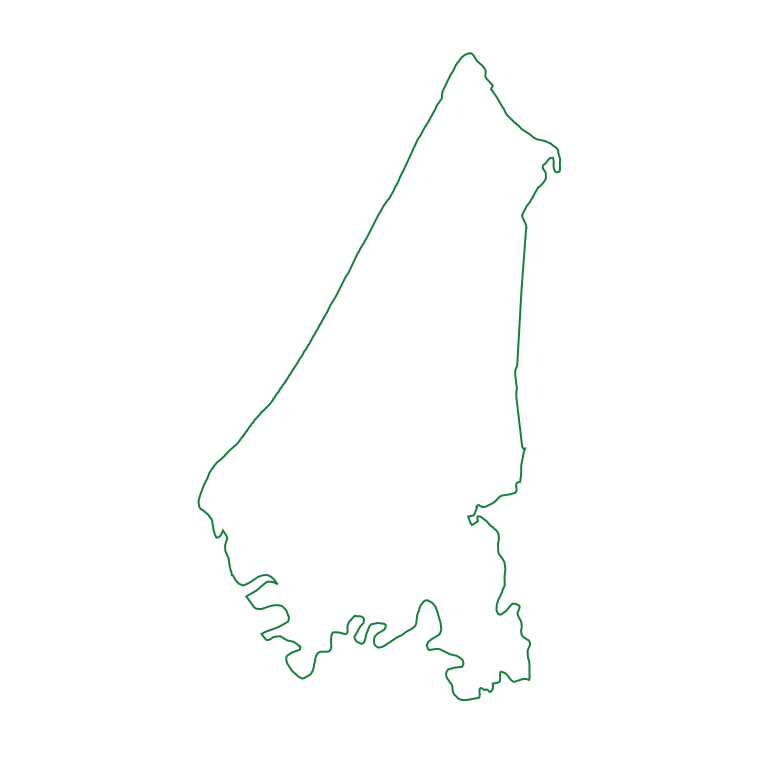 outline of Maquival, Zambezia, Mozambique, rotated 175°
{"feature_id": "85939544B65123265698186", "entity_name": "Maquival", "entity_type": "district", "adm_level": 2, "iso_a3": "MOZ", "parent_name": "Mozambique", "parent_adm1": "Zambezia", "projection": "robinson", "projection_center": [37.054, -17.825], "detail": "fine", "context": "isolated", "style": "outline", "palette": "green", "viewbox_px": 768, "rotation_deg": 175, "n_neighbors": 0, "source": "geoboundaries", "source_scale": "gbopen_adm2", "svg_char_len": 6116}
<svg xmlns="http://www.w3.org/2000/svg" viewBox="0 0 768 768"><g transform="rotate(175 384 384)"><path d="M188.9,592.8L190.2,599.0L190.1,601.3L191.2,603.5L193.1,605.4L197.5,609.3L202.3,612.0L210.4,614.5L213.5,616.5L217.0,620.0L224.7,626.0L227.9,630.3L229.2,631.0L229.9,632.4L230.9,632.8L237.9,641.2L239.2,643.5L240.8,648.0L241.5,648.9L246.7,659.9L251.7,668.5L249.6,671.9L255.6,679.7L256.2,682.1L255.3,687.1L256.3,689.3L257.6,691.7L263.3,697.9L266.6,704.2L268.5,705.8L270.5,706.1L274.8,704.8L278.4,702.4L281.9,698.3L283.0,697.5L283.4,696.5L284.5,695.7L286.9,691.3L289.0,688.1L290.0,687.3L300.3,670.2L301.5,663.6L302.1,662.5L303.1,661.8L304.7,659.4L305.4,659.0L307.8,655.8L308.2,654.5L317.4,640.7L319.0,638.8L319.4,637.8L320.5,637.0L326.7,627.4L327.8,626.5L329.4,624.1L346.8,593.6L347.7,592.6L350.8,587.2L351.7,585.0L353.8,582.0L354.2,580.8L355.0,580.4L358.1,574.9L363.4,567.4L364.4,566.9L367.6,562.7L368.6,561.9L372.9,555.3L373.9,554.4L389.1,530.1L390.8,528.1L391.1,527.0L394.5,522.8L394.9,521.8L395.7,521.2L397.6,517.7L398.4,517.2L409.7,497.9L413.0,493.8L424.0,475.9L430.7,466.9L435.2,459.2L436.0,458.6L436.5,457.2L437.6,456.5L438.0,455.1L439.0,454.3L440.8,451.0L441.8,450.3L442.1,449.0L442.9,448.5L445.4,444.3L447.8,441.5L448.2,440.2L450.5,437.5L455.1,430.1L456.1,429.5L458.1,426.2L461.0,423.0L462.3,420.6L464.7,417.3L465.6,416.7L467.6,413.6L476.0,402.8L476.5,401.7L477.6,400.9L479.9,397.4L480.8,396.8L481.3,395.5L482.2,395.1L482.5,394.1L486.1,390.4L486.6,389.1L487.6,388.7L488.1,387.4L489.1,386.7L489.7,385.3L492.2,383.0L494.4,379.8L495.3,379.4L495.6,378.3L499.2,374.1L507.7,367.0L508.7,366.6L509.1,365.6L516.3,359.1L518.1,356.5L519.4,355.9L520.7,353.7L521.6,353.3L523.5,350.6L524.4,350.0L524.9,348.8L526.1,348.1L526.6,346.8L527.6,346.3L528.0,345.2L529.0,344.6L529.5,343.5L530.5,343.0L533.8,338.9L536.7,336.3L544.8,330.4L545.4,329.4L546.6,328.9L547.2,327.8L548.5,327.2L549.1,326.1L551.0,325.0L551.7,324.0L557.1,320.5L561.1,316.4L561.5,315.4L562.4,314.8L565.5,311.0L568.1,305.6L572.2,299.1L577.3,288.2L579.1,282.9L578.7,277.7L577.4,275.3L575.5,274.1L570.7,269.3L567.8,264.6L567.1,262.4L566.5,253.5L565.7,249.2L564.3,245.5L561.9,245.8L560.8,246.5L559.0,248.7L557.2,252.1L554.0,246.2L553.7,243.7L556.4,237.1L556.6,231.6L554.0,223.6L553.7,217.0L553.1,212.3L552.4,210.2L552.3,206.9L551.1,206.4L549.2,202.0L546.3,197.9L542.0,195.6L539.8,196.1L534.5,198.2L526.4,202.7L522.3,203.9L518.8,204.1L516.4,203.6L513.1,201.7L510.0,198.1L508.0,194.6L507.5,193.4L508.0,194.2L511.9,196.5L516.8,197.2L518.5,196.8L529.2,189.3L539.7,184.4L532.7,172.7L530.7,171.2L525.7,170.5L517.4,172.5L513.2,173.1L508.7,172.9L505.5,171.9L504.3,171.1L501.2,167.2L499.2,160.5L499.3,158.0L500.3,155.6L510.1,151.1L524.1,147.3L527.8,145.6L523.8,139.5L521.9,139.0L519.6,139.6L516.3,141.4L514.2,141.8L509.2,141.7L502.8,137.0L496.5,135.1L492.3,131.6L491.6,130.4L490.4,130.1L490.7,127.2L491.7,126.5L499.2,124.5L504.4,121.6L505.1,120.4L505.4,117.9L504.9,114.3L500.6,106.2L494.3,99.6L491.2,97.7L489.3,97.9L482.5,101.1L480.3,104.0L478.4,108.8L478.4,109.8L476.9,113.8L475.9,117.9L474.9,119.9L473.1,121.9L470.8,122.8L462.5,122.3L460.4,123.9L459.3,127.5L459.2,132.5L458.3,138.0L457.3,140.1L456.1,141.0L454.0,140.9L450.5,140.4L444.5,138.2L443.4,138.4L442.4,139.3L441.9,140.3L441.5,146.0L440.0,149.4L439.4,150.5L437.4,151.7L437.0,152.5L433.2,155.7L431.8,155.0L428.4,154.8L426.1,154.0L425.1,153.0L424.4,150.7L425.2,147.8L429.1,144.2L434.3,136.3L435.4,135.5L435.5,133.3L433.8,129.8L429.8,127.4L428.8,127.1L426.7,128.0L425.5,130.1L423.4,136.4L421.2,140.9L419.3,144.4L417.4,145.8L410.8,146.4L404.9,145.1L403.3,143.9L403.8,140.8L404.6,140.4L405.2,139.2L412.1,135.9L415.0,133.4L416.0,131.3L416.4,128.8L416.2,125.4L415.4,124.1L413.2,122.1L410.9,121.9L407.5,122.6L393.9,130.0L390.8,131.5L388.7,131.9L383.2,135.4L377.4,137.8L374.1,140.1L372.8,142.5L371.1,150.7L367.2,159.6L363.6,163.7L361.4,164.8L359.3,164.7L354.9,161.7L352.3,158.1L351.0,153.6L348.4,140.6L348.4,134.1L350.5,129.6L358.1,126.0L362.4,123.2L364.2,119.9L363.2,116.4L362.6,115.3L361.6,115.1L354.2,115.6L351.3,114.8L342.0,109.1L335.5,107.0L332.3,104.8L329.7,102.0L329.2,98.6L329.5,97.4L331.0,95.4L338.5,95.3L344.9,94.1L346.6,92.0L347.6,89.6L347.0,85.8L342.4,77.9L342.2,71.8L341.2,68.7L336.9,63.7L334.0,62.4L329.7,61.9L316.5,63.2L315.7,65.7L315.7,69.5L315.1,72.1L314.0,72.7L312.9,72.3L311.0,70.6L310.0,70.4L309.0,70.8L307.4,70.4L305.9,68.2L304.9,68.1L303.9,68.6L302.0,70.9L301.7,76.1L296.8,76.5L294.7,77.4L294.0,79.8L293.6,85.8L293.0,86.9L292.1,87.2L288.8,85.6L286.9,83.8L283.5,78.3L281.3,76.3L280.1,75.9L271.2,78.1L267.9,77.7L265.3,76.6L264.6,79.0L263.5,92.7L263.7,96.0L264.4,98.6L264.3,105.0L263.4,107.5L261.5,110.8L261.0,113.3L262.0,115.8L267.4,119.8L268.7,122.2L269.0,125.8L267.9,130.3L267.9,134.1L268.5,136.5L270.2,140.1L270.9,143.4L270.8,144.8L268.8,148.4L268.2,150.5L268.6,151.4L271.9,153.5L275.0,153.9L276.9,152.6L282.5,147.0L288.0,144.0L290.2,144.9L291.7,148.6L290.9,154.3L289.2,158.5L284.7,166.0L283.4,169.3L281.3,172.7L280.7,181.6L279.2,189.0L279.6,196.1L281.6,200.5L282.3,201.0L282.7,202.2L284.3,204.4L284.8,207.0L284.5,213.7L283.1,219.5L282.9,223.2L283.2,225.6L285.4,229.0L286.2,229.4L288.2,232.0L290.1,233.4L293.6,238.2L299.1,243.2L301.9,244.1L302.8,241.8L302.4,239.1L308.7,235.8L310.3,239.0L311.6,244.7L306.8,245.1L305.7,245.8L302.2,252.4L302.8,253.3L300.9,255.2L299.7,254.9L299.0,254.1L296.6,252.9L293.8,252.8L286.6,255.6L283.8,257.1L278.5,261.7L276.2,262.6L267.9,263.1L262.6,264.2L261.6,265.3L261.0,267.7L261.3,271.5L261.0,272.6L260.2,273.8L259.4,274.3L256.9,274.6L255.3,281.8L254.4,290.8L250.4,304.8L249.0,307.4L250.9,307.5L251.8,309.6L253.3,359.7L252.9,364.3L252.0,367.9L252.5,382.1L251.9,386.6L249.7,390.8L239.0,464.5L229.1,525.2L228.6,526.4L228.6,528.8L229.2,532.0L231.4,537.6L231.8,540.0L226.5,548.6L222.4,553.0L220.8,555.7L219.7,556.5L218.7,558.7L213.0,566.7L211.9,567.0L208.0,570.3L205.4,573.6L204.7,575.3L204.5,579.9L204.7,581.1L206.9,584.7L206.9,586.9L206.3,588.1L203.2,590.1L201.7,592.2L198.9,594.6L195.8,594.6L195.5,591.7L196.1,586.3L195.8,582.8L194.7,580.6L193.7,580.0L191.5,580.0L190.6,580.5L189.9,583.0L189.6,588.4L188.9,592.8Z" fill="none" stroke="#15803d" stroke-width="2"/></g></svg>